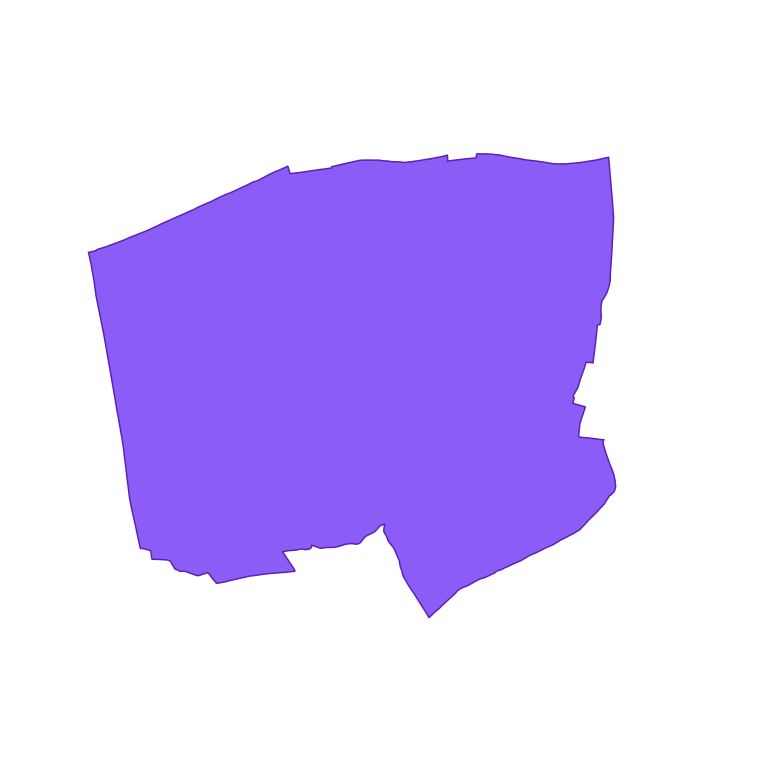 Prawet, Bangkok Metropolis, Thailand (Robinson projection), rotated 253°
{"feature_id": "78962969B62937206462024", "entity_name": "Prawet", "entity_type": "district", "adm_level": 2, "iso_a3": "THA", "parent_name": "Thailand", "parent_adm1": "Bangkok Metropolis", "projection": "robinson", "projection_center": [100.671, 13.697], "detail": "fine", "context": "isolated", "style": "filled", "palette": "violet", "viewbox_px": 768, "rotation_deg": 253, "n_neighbors": 0, "source": "geoboundaries", "source_scale": "gbopen_adm2", "svg_char_len": 6051}
<svg xmlns="http://www.w3.org/2000/svg" viewBox="0 0 768 768"><g transform="rotate(253 384 384)"><path d="M266.5,577.9L267.6,574.9L268.2,573.5L268.8,572.2L270.0,569.7L271.0,567.4L272.4,564.4L274.8,558.3L276.1,555.4L276.3,555.1L276.5,555.1L276.9,555.0L277.7,555.1L278.0,555.2L284.7,558.0L286.6,558.8L289.1,559.9L289.5,560.2L301.1,568.4L303.0,569.6L303.3,569.7L303.5,569.6L303.9,569.0L308.0,562.5L310.2,559.3L310.3,559.1L310.5,559.0L311.0,559.1L313.7,561.2L313.9,561.3L315.1,561.7L315.6,561.7L317.0,561.5L317.4,561.6L317.8,561.8L318.1,562.1L321.9,566.3L323.3,567.8L323.8,568.2L324.2,568.6L325.0,569.1L329.7,572.2L331.2,573.2L341.0,580.5L343.7,582.3L345.7,583.5L345.2,584.9L343.7,589.0L343.2,589.8L343.1,590.1L360.4,597.8L370.9,602.3L375.6,604.3L377.5,605.1L377.8,605.3L378.0,605.7L377.8,607.9L377.8,608.0L378.3,608.2L380.0,609.2L383.1,610.8L384.0,611.2L385.1,611.5L387.7,612.2L390.8,612.9L391.8,613.2L393.7,613.9L398.7,616.1L399.4,616.5L400.0,617.0L400.5,617.6L402.2,619.7L404.2,621.9L405.6,623.3L406.7,624.3L407.5,624.9L409.1,626.0L413.0,628.5L414.4,629.3L416.5,630.4L417.7,630.9L419.4,631.5L422.0,632.3L423.3,632.7L433.6,636.6L438.1,638.4L442.4,640.0L459.6,646.3L466.6,648.9L470.5,650.3L473.6,651.4L475.0,651.9L476.8,652.4L484.8,654.2L494.0,656.3L502.7,658.1L503.5,658.3L535.1,665.1L535.7,658.8L536.0,654.0L536.3,651.1L536.6,649.0L538.2,637.9L538.6,635.2L539.0,633.4L540.0,628.7L540.3,627.5L540.7,625.0L541.1,623.1L541.9,620.3L543.0,616.9L544.1,613.3L544.7,611.6L545.3,610.0L547.3,606.0L548.7,603.2L550.3,599.9L552.2,595.8L555.2,589.1L556.8,585.3L559.4,580.5L563.0,573.1L564.8,569.4L567.0,565.4L568.8,562.3L569.3,561.3L569.7,560.4L570.6,558.0L571.8,555.3L572.6,553.4L573.1,552.0L573.7,550.3L574.3,548.6L575.5,544.7L576.8,540.9L576.8,540.4L576.8,540.0L576.7,539.8L576.5,539.7L573.8,538.4L573.6,538.2L573.4,537.7L574.7,531.5L576.0,524.9L578.6,510.1L582.6,511.2L582.9,511.3L584.3,511.4L584.3,510.8L584.6,505.1L585.7,495.5L587.3,483.4L588.5,475.8L589.3,471.4L589.5,470.0L589.8,468.5L591.9,463.7L593.8,458.0L594.2,456.8L594.8,455.5L596.2,452.5L597.3,449.4L597.4,449.1L599.6,444.5L603.8,430.9L604.8,427.1L605.0,425.8L605.2,424.0L605.8,416.1L606.4,407.3L606.8,401.0L607.1,397.7L605.9,397.3L607.1,389.1L607.7,386.3L609.4,374.8L610.9,365.2L611.4,362.7L612.6,355.7L619.9,355.7L620.2,355.7L620.3,355.5L620.3,355.4L620.4,355.1L620.1,353.5L619.5,348.8L619.0,344.3L618.7,340.9L618.3,338.6L618.0,336.1L615.4,322.3L615.4,317.9L615.1,315.5L614.8,314.1L614.1,310.2L613.8,307.1L612.3,297.4L611.8,292.8L611.6,289.1L611.4,287.4L610.5,280.6L610.0,277.2L609.4,274.4L608.8,270.3L608.7,268.2L608.5,266.5L607.4,257.5L607.1,256.1L606.6,253.9L606.4,252.2L606.1,249.3L605.9,248.3L604.1,233.0L602.3,218.2L601.4,213.3L599.7,199.9L599.6,197.8L598.5,184.0L598.2,181.5L597.7,177.5L597.1,168.3L597.0,167.3L596.5,156.5L596.5,149.5L596.4,149.0L596.3,148.3L596.0,148.0L595.8,147.5L595.8,146.7L596.2,139.9L583.1,138.8L567.0,136.8L552.5,134.4L512.9,130.5L450.9,122.8L436.8,120.9L428.5,120.0L423.5,119.3L419.9,118.9L411.9,117.9L400.7,116.4L398.6,116.1L390.8,114.6L377.9,112.4L371.4,111.2L349.8,107.4L344.5,106.8L336.4,106.0L322.2,105.0L308.7,103.8L298.0,102.9L296.9,105.7L295.9,107.4L293.5,111.2L293.3,111.6L293.0,111.8L292.2,112.0L290.6,111.9L288.7,111.5L285.4,111.0L284.2,111.0L283.8,112.1L282.3,116.7L279.3,124.8L279.0,125.4L277.9,127.0L277.4,127.5L276.8,127.8L275.6,128.3L273.5,128.6L272.3,129.1L270.9,129.4L269.1,129.7L268.1,130.2L267.8,130.4L266.8,131.9L265.7,133.0L264.6,133.9L264.5,134.2L264.1,136.0L263.6,137.7L263.1,138.7L262.7,139.4L256.5,147.7L255.3,149.6L255.1,150.2L254.9,152.0L255.1,154.0L255.0,159.6L254.7,160.5L253.9,160.8L252.8,161.5L252.5,161.7L249.9,162.4L246.7,163.6L245.1,164.5L244.1,164.9L243.6,165.0L242.5,165.4L242.4,165.6L242.0,167.6L241.2,174.7L241.1,178.4L240.7,184.2L240.3,190.1L239.9,194.4L239.8,197.3L239.6,199.4L239.1,201.7L237.0,214.9L236.1,219.7L234.5,226.6L234.2,228.7L233.7,230.8L233.1,232.8L231.1,243.5L231.3,244.2L233.3,243.9L240.1,241.9L240.6,241.7L253.0,238.1L253.1,239.9L252.5,244.1L250.8,251.7L250.6,255.1L250.4,256.4L249.9,258.0L248.8,259.9L248.6,260.6L248.2,262.2L248.0,264.5L248.3,265.5L248.4,265.9L249.9,267.4L250.5,267.5L250.8,268.0L250.5,268.2L249.7,269.5L245.7,274.8L245.2,276.2L244.5,281.2L243.2,285.7L242.8,286.7L242.3,289.1L242.1,290.5L241.9,295.0L242.0,296.8L242.0,300.3L241.2,305.2L239.8,309.0L239.1,309.9L238.9,310.7L238.7,312.7L238.8,314.0L239.2,315.0L242.9,320.4L243.4,321.4L244.1,324.0L244.9,329.4L245.5,332.0L247.3,335.3L248.6,337.2L249.1,338.1L249.6,339.4L249.8,341.6L249.7,343.5L243.8,340.8L241.9,340.8L237.3,342.0L233.2,342.0L229.1,343.4L224.9,345.2L222.0,345.8L220.1,345.9L214.4,346.5L210.1,347.1L209.6,347.0L208.9,346.5L207.6,346.5L204.6,346.2L203.2,346.2L198.8,346.5L197.6,346.2L196.5,346.1L192.9,346.5L190.8,347.1L189.6,347.3L185.4,348.3L178.7,350.1L176.7,350.9L151.3,357.8L148.0,358.6L147.7,358.7L147.6,359.2L147.9,359.8L148.2,360.5L150.8,365.4L153.4,371.6L155.0,374.4L156.2,376.9L157.1,378.8L158.9,382.4L162.6,390.4L163.1,391.2L163.5,391.8L163.7,392.3L164.4,393.3L165.2,394.8L165.8,397.1L166.2,398.7L166.6,404.0L166.9,406.0L167.5,408.9L168.4,412.6L169.0,415.5L169.2,416.8L169.5,420.1L169.3,422.5L169.9,427.3L170.3,430.0L170.6,431.2L170.7,433.6L170.8,434.0L171.0,434.5L171.5,435.5L172.1,437.7L172.1,438.2L172.3,438.7L172.2,438.9L172.1,439.3L172.3,443.0L172.9,445.4L173.0,447.1L174.0,454.3L174.5,457.9L175.1,463.5L175.5,465.1L176.2,467.9L177.5,473.8L177.6,474.6L177.7,475.9L177.9,476.9L177.9,478.5L178.2,479.8L178.5,482.0L179.3,487.1L180.0,490.5L180.5,495.4L180.8,498.2L181.0,499.3L181.6,501.7L182.0,502.8L183.3,508.4L183.5,509.8L184.2,514.2L184.7,516.1L185.7,521.9L186.7,525.3L187.1,527.3L187.5,528.6L191.2,535.3L194.4,540.5L196.9,545.6L199.9,551.2L200.7,552.2L203.1,556.6L204.8,559.4L205.8,560.8L207.4,562.3L208.8,564.2L210.2,565.7L211.3,567.0L211.4,567.9L212.2,569.8L213.6,572.4L214.8,573.5L216.2,574.4L216.9,574.7L218.4,575.7L220.2,575.9L223.1,576.6L224.2,576.7L229.8,577.3L235.0,577.1L239.6,576.6L250.2,576.1L257.5,576.0L263.2,576.1L264.6,576.6L266.5,577.9Z" fill="#8b5cf6" stroke="#5b21b6" stroke-width="1.5"/></g></svg>